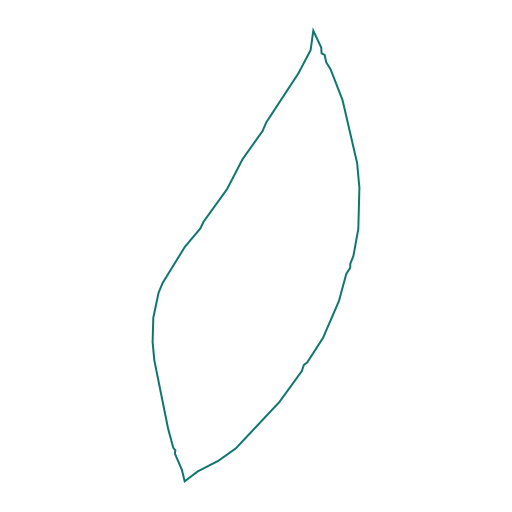 outline of San Rafael Petzal, Huehuetenango, Guatemala
{"feature_id": "79465075B67895884485700", "entity_name": "San Rafael Petzal", "entity_type": "district", "adm_level": 2, "iso_a3": "GTM", "parent_name": "Guatemala", "parent_adm1": "Huehuetenango", "projection": "mercator", "projection_center": [-91.672, 15.412], "detail": "fine", "context": "isolated", "style": "outline", "palette": "teal", "viewbox_px": 512, "rotation_deg": 0, "n_neighbors": 0, "source": "geoboundaries", "source_scale": "gbopen_adm2", "svg_char_len": 647}
<svg xmlns="http://www.w3.org/2000/svg" viewBox="0 0 512 512"><path d="M153.3,317.7L152.6,342.0L154.3,360.3L168.1,428.7L173.3,447.9L175.3,450.2L174.9,453.6L181.9,469.9L184.7,481.3L197.7,471.4L218.5,460.7L235.9,448.3L279.3,402.1L301.8,371.1L303.8,365.1L307.3,362.3L323.0,337.9L338.9,301.1L346.3,273.8L350.2,267.9L350.3,263.7L353.4,256.0L358.3,228.9L359.4,187.8L357.1,163.0L342.5,100.0L330.7,69.6L326.2,62.2L324.6,54.9L321.6,53.4L321.2,47.5L313.3,30.7L310.6,50.1L298.5,73.2L266.3,122.3L262.5,131.1L242.6,159.1L227.0,189.2L203.5,221.8L200.4,228.4L184.9,246.8L162.7,282.8L158.6,292.6L153.3,317.7Z" fill="none" stroke="#0f766e" stroke-width="2"/></svg>